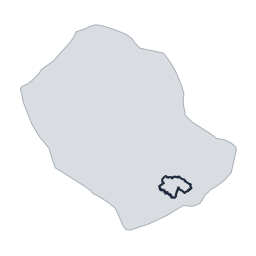 Thaba-Mokhele, Mohale's Hoek, Lesotho (highlighted), rotated 272°
{"feature_id": "5366337B93418008192528", "entity_name": "Thaba-Mokhele", "entity_type": "district", "adm_level": 2, "iso_a3": "LSO", "parent_name": "Lesotho", "parent_adm1": "Mohale's Hoek", "projection": "natural_earth1", "projection_center": [27.545, -30.078], "detail": "fine", "context": "in_parent", "style": "outline", "palette": "slate", "viewbox_px": 256, "rotation_deg": 272, "n_neighbors": 0, "source": "geoboundaries", "source_scale": "gbopen_adm2", "svg_char_len": 5164}
<svg xmlns="http://www.w3.org/2000/svg" viewBox="0 0 256 256"><g transform="rotate(272 128 128)"><path d="M172.7,179.9L164.9,182.5L163.8,182.7L158.7,182.1L152.0,182.8L146.8,184.2L142.7,184.7L136.0,192.2L123.9,212.5L120.6,216.8L119.7,224.7L116.9,231.0L113.4,236.0L110.1,237.1L100.0,235.2L87.1,232.7L79.6,226.6L72.9,218.5L69.3,212.7L65.6,209.5L64.4,207.7L59.1,205.0L57.1,203.6L55.4,202.6L53.3,198.7L52.0,195.3L52.5,185.9L48.8,180.3L42.4,170.7L38.4,162.9L32.9,152.2L29.5,143.0L26.0,133.5L26.5,129.4L29.8,126.7L39.6,121.9L47.2,118.2L52.6,111.4L58.5,101.3L61.4,95.2L64.3,92.5L67.4,88.2L72.9,78.7L79.1,68.1L85.6,56.8L93.9,53.5L105.2,49.7L116.1,39.9L129.1,31.5L150.0,22.5L159.7,20.2L163.4,18.9L165.8,20.6L168.3,25.7L171.8,30.1L180.0,37.6L183.5,39.4L192.0,50.6L201.1,58.3L211.5,67.1L218.6,71.5L222.3,72.7L225.2,80.5L228.3,86.3L230.0,91.7L229.6,97.0L226.2,110.0L221.4,123.2L217.5,128.7L212.8,132.2L208.1,137.4L206.3,148.0L204.2,160.5L198.2,165.7L193.5,169.0L187.0,173.2L172.7,179.9Z" fill="#d9dde1" stroke="#a8b0b8" stroke-width="1"/><path d="M81.2,180.9L81.3,180.6L81.1,180.2L81.1,179.8L80.4,179.4L80.6,179.2L80.6,178.9L80.8,178.8L80.6,178.4L80.7,177.9L81.0,177.3L80.8,176.9L80.7,176.7L80.8,176.1L81.0,175.8L80.8,175.5L80.7,175.2L80.7,174.9L80.5,174.7L80.3,174.6L79.8,174.5L79.8,174.3L79.4,174.2L79.3,173.8L79.3,173.6L79.6,173.4L79.8,173.1L80.0,173.0L80.3,172.9L80.4,172.6L80.3,172.2L80.2,172.1L80.4,171.5L80.4,171.2L80.4,170.7L80.2,170.4L80.0,170.0L79.8,169.9L80.0,169.6L80.0,169.1L80.0,168.9L80.0,168.7L80.4,168.6L80.6,168.5L81.2,167.7L81.3,167.5L81.3,167.4L81.0,167.1L81.0,166.9L80.6,166.3L80.3,165.9L79.7,165.5L79.5,165.3L78.8,164.8L78.6,164.7L78.3,164.2L78.0,164.0L76.7,164.1L76.3,164.1L76.0,164.0L75.7,164.0L75.4,164.4L75.3,164.5L75.1,164.8L75.0,165.0L74.9,165.2L74.7,165.2L74.5,165.3L74.4,165.3L74.4,165.2L74.2,165.2L74.0,165.3L73.9,165.4L73.8,165.2L73.6,164.8L73.4,164.6L72.9,164.2L72.8,163.9L72.7,163.7L72.8,163.5L72.7,163.4L72.3,163.2L71.9,162.5L71.7,162.3L71.5,161.8L71.3,161.8L71.2,161.7L70.9,161.6L70.9,161.4L70.7,161.4L70.6,161.5L70.5,161.9L70.4,161.9L70.2,161.6L70.1,161.4L69.8,161.3L69.7,161.4L69.5,161.7L69.3,161.8L69.2,161.8L68.9,162.0L68.7,162.4L68.5,162.1L68.3,161.9L68.2,161.9L68.1,162.0L68.0,162.3L67.8,162.8L67.7,162.9L67.3,162.8L67.0,162.8L67.0,163.2L66.9,163.7L67.1,163.8L67.4,163.9L67.5,164.0L67.4,164.6L67.5,165.1L67.4,165.2L67.3,165.3L67.2,165.3L67.0,165.2L66.9,165.2L66.7,165.3L66.7,165.5L66.6,165.9L66.8,166.1L66.9,166.5L66.6,166.5L66.3,166.6L66.2,166.8L66.0,167.2L65.9,167.3L65.7,167.3L65.6,167.2L65.6,167.3L65.5,167.6L65.4,167.7L65.3,167.8L65.0,167.7L64.9,167.8L64.7,167.8L64.4,167.8L64.1,167.6L63.8,167.7L63.9,167.9L63.8,168.1L64.1,168.4L64.3,168.4L64.8,168.4L64.9,168.6L65.0,168.7L65.2,168.9L65.4,169.2L65.4,169.3L65.3,169.5L65.2,169.7L64.9,169.6L64.6,169.5L64.4,169.5L64.2,169.8L63.8,169.8L63.7,169.9L63.8,170.2L63.8,170.4L63.7,170.9L63.7,171.1L63.3,171.2L62.9,171.2L62.6,171.5L63.0,172.0L63.2,172.5L62.8,172.6L62.3,172.4L62.1,172.5L62.2,172.9L62.3,173.0L62.6,172.9L62.7,173.0L62.2,173.6L61.9,173.8L61.2,173.8L61.0,173.7L60.8,173.6L60.7,173.5L60.5,173.8L60.4,173.9L60.1,174.0L60.3,174.3L60.2,174.4L60.1,174.5L60.1,174.9L60.1,175.0L60.3,175.3L60.3,175.5L60.3,175.9L60.1,176.3L59.7,176.6L59.7,176.8L59.8,177.0L60.4,177.4L60.6,177.7L60.8,177.7L61.0,177.7L61.2,177.8L61.3,178.1L61.5,178.2L61.7,178.3L61.8,178.4L62.0,178.3L62.6,178.3L62.7,178.2L62.9,178.3L63.2,178.3L63.7,178.4L63.8,178.3L64.1,178.5L64.4,178.5L64.6,178.6L64.8,178.6L65.0,178.7L65.1,178.9L65.4,178.8L65.5,178.8L66.0,179.2L66.4,179.4L66.8,179.4L67.2,179.5L67.3,179.6L67.3,179.3L67.5,179.4L67.6,179.6L67.9,179.6L68.0,179.6L68.6,180.0L69.0,180.2L69.4,180.0L69.7,180.0L69.8,180.2L69.9,180.3L70.1,180.4L70.1,180.5L70.3,180.5L70.3,180.8L70.1,180.9L69.6,180.8L69.3,180.9L69.2,181.2L68.9,181.4L68.8,181.6L68.6,181.6L68.4,181.8L68.2,181.9L68.1,182.5L67.9,182.8L67.8,183.1L67.6,183.3L67.4,183.4L67.4,183.8L67.3,184.5L66.9,184.8L66.6,184.9L66.5,185.0L66.0,185.8L65.6,185.9L65.5,186.3L65.4,186.4L65.1,186.7L65.0,186.9L65.0,187.1L65.3,187.2L65.8,187.4L65.9,187.5L66.0,187.6L66.2,187.9L66.3,188.2L66.4,188.3L66.5,188.5L66.6,188.8L66.7,189.0L66.7,189.4L66.7,189.5L66.8,189.8L67.2,189.9L67.1,190.0L67.4,190.3L67.4,190.5L67.6,190.5L68.1,190.6L68.2,190.8L68.1,191.1L68.2,191.5L68.3,191.6L68.4,191.8L68.8,192.0L69.0,192.2L69.3,192.0L69.3,192.3L69.4,192.5L69.5,192.6L69.5,192.9L69.7,193.0L69.8,193.0L69.9,193.3L70.0,193.4L70.3,193.5L70.5,193.2L70.8,193.0L71.0,193.0L71.0,192.9L71.3,192.8L71.4,192.7L71.7,192.6L71.8,192.5L72.0,192.5L72.1,192.4L72.3,192.2L72.5,192.2L73.0,192.3L73.5,192.4L73.7,192.6L73.9,192.3L74.1,192.2L73.9,191.8L73.8,191.6L74.3,190.9L74.7,190.4L74.8,190.3L74.9,190.2L75.1,189.8L75.1,189.7L75.3,189.6L75.3,189.4L75.5,189.1L75.5,188.9L75.6,188.7L76.0,188.3L76.3,188.1L76.5,187.9L76.5,187.7L76.4,187.3L76.4,187.2L76.6,187.0L76.8,186.9L77.1,186.9L77.1,186.6L77.3,186.5L77.3,186.4L77.6,186.3L77.8,186.3L77.8,186.2L78.0,186.1L78.2,185.9L78.4,185.9L78.4,185.7L78.5,185.4L78.6,185.2L78.7,184.6L78.8,184.4L78.9,184.2L79.1,183.4L79.3,183.3L79.4,182.9L79.5,182.6L80.2,182.1L80.3,181.3L80.5,181.2L80.8,181.0L81.0,181.0L81.2,180.9Z" fill="none" stroke="#1e293b" stroke-width="2"/></g></svg>